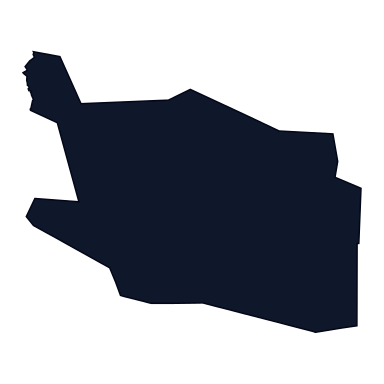 outline of San Francisco Tlapancingo, Oaxaca, Mexico
{"feature_id": "50627088B51167334219016", "entity_name": "San Francisco Tlapancingo", "entity_type": "district", "adm_level": 2, "iso_a3": "MEX", "parent_name": "Mexico", "parent_adm1": "Oaxaca", "projection": "albers", "projection_center": [-98.293, 17.481], "detail": "fine", "context": "isolated", "style": "filled", "palette": "ink", "viewbox_px": 384, "rotation_deg": 0, "n_neighbors": 0, "source": "geoboundaries", "source_scale": "gbopen_adm2", "svg_char_len": 1085}
<svg xmlns="http://www.w3.org/2000/svg" viewBox="0 0 384 384"><path d="M28.2,88.8L28.9,90.7L31.4,91.2L30.6,92.6L31.4,93.5L31.4,94.9L33.5,99.6L32.6,100.5L30.8,108.9L30.4,108.9L30.3,109.6L30.5,110.3L57.3,122.7L78.9,201.8L34.9,198.5L26.3,216.6L33.5,225.5L47.6,233.3L52.6,236.0L76.4,249.3L91.7,257.8L100.8,262.9L107.7,266.7L109.7,267.8L115.7,282.3L120.5,295.4L124.6,296.6L143.4,301.3L149.0,302.8L151.2,303.3L173.0,303.3L197.3,303.0L202.8,302.9L218.1,306.9L221.4,307.7L245.6,314.0L269.8,320.2L293.9,326.5L313.3,331.5L315.4,332.3L319.0,331.7L338.6,328.5L342.3,327.9L356.9,325.8L357.1,243.6L358.8,243.4L361.0,188.3L335.0,177.3L337.7,161.4L332.9,133.9L279.1,131.0L244.5,114.6L236.1,110.7L190.3,89.4L176.8,96.0L168.7,100.0L168.4,100.2L167.6,100.2L161.6,100.4L156.4,100.6L83.5,103.6L81.0,103.7L80.2,101.9L78.7,98.6L77.5,95.9L76.1,92.7L75.2,90.7L72.5,84.7L59.9,56.6L33.4,51.7L33.8,52.5L33.2,54.6L34.5,57.3L29.7,60.9L25.1,66.6L27.5,70.2L23.0,72.6L23.3,73.2L25.6,75.1L27.0,76.3L26.7,80.3L27.3,83.0L27.5,84.6L27.3,85.0L29.4,87.1L28.2,88.8Z" fill="#0f172a" stroke="#020617" stroke-width="1.5"/></svg>